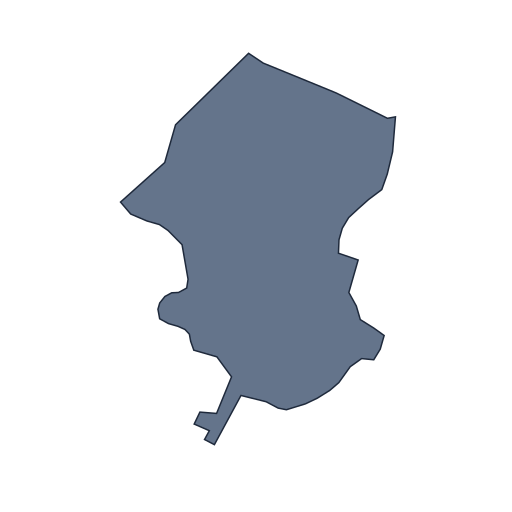 outline of Putatan, Sabah, Malaysia, rotated 196°
{"feature_id": "92858781B21470525413455", "entity_name": "Putatan", "entity_type": "district", "adm_level": 2, "iso_a3": "MYS", "parent_name": "Malaysia", "parent_adm1": "Sabah", "projection": "albers", "projection_center": [116.061, 5.886], "detail": "fine", "context": "isolated", "style": "filled", "palette": "slate", "viewbox_px": 512, "rotation_deg": 196, "n_neighbors": 0, "source": "geoboundaries", "source_scale": "gbopen_adm2", "svg_char_len": 957}
<svg xmlns="http://www.w3.org/2000/svg" viewBox="0 0 512 512"><g transform="rotate(196 256 256)"><path d="M319.0,448.8L369.5,360.0L369.5,320.7L401.1,270.5L388.0,261.8L370.5,259.6L357.5,259.6L347.6,256.3L330.2,246.5L314.9,214.9L313.8,206.1L320.4,199.6L326.9,197.4L332.4,192.0L335.6,184.3L335.6,177.8L331.3,169.1L321.5,166.9L311.6,166.9L304.0,165.8L298.5,162.5L295.3,156.0L289.8,148.3L277.8,148.3L265.8,148.3L246.2,133.1L250.5,93.8L266.9,90.5L269.1,77.4L252.7,75.2L254.9,65.4L244.0,63.2L232.0,117.8L206.0,118.7L192.8,115.9L184.4,116.6L167.6,127.6L157.8,136.3L148.0,147.2L141.5,157.1L134.9,175.6L126.2,186.5L114.2,188.7L110.9,200.7L110.9,214.9L122.9,219.2L138.2,223.6L145.8,235.6L156.7,246.5L156.7,259.6L156.7,280.3L177.5,281.4L180.7,294.5L180.7,306.5L177.5,318.5L170.9,329.4L163.3,341.4L153.4,354.5L152.4,370.9L153.4,393.8L160.3,428.2L167.6,424.6L223.8,434.8L254.5,438.2L302.2,443.4L319.0,448.8Z" fill="#64748b" stroke="#1e293b" stroke-width="1.5"/></g></svg>